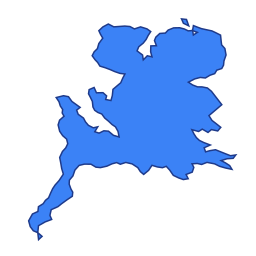 the district of Imbuia, Santa Catarina, Brazil, rotated 86°
{"feature_id": "56859067B70457248873437", "entity_name": "Imbuia", "entity_type": "district", "adm_level": 2, "iso_a3": "BRA", "parent_name": "Brazil", "parent_adm1": "Santa Catarina", "projection": "natural_earth1", "projection_center": [-49.4, -27.515], "detail": "fine", "context": "isolated", "style": "filled", "palette": "blue", "viewbox_px": 256, "rotation_deg": 86, "n_neighbors": 0, "source": "geoboundaries", "source_scale": "gbopen_adm2", "svg_char_len": 2855}
<svg xmlns="http://www.w3.org/2000/svg" viewBox="0 0 256 256"><g transform="rotate(86 128 128)"><path d="M226.1,225.3L219.2,224.1L215.9,217.2L213.9,210.5L209.7,212.0L204.1,210.3L201.6,203.4L198.9,199.5L195.4,193.9L192.2,188.3L188.2,187.6L184.8,189.2L179.9,190.6L175.9,190.1L172.0,186.3L166.3,183.9L161.9,179.4L161.0,174.0L161.5,167.5L164.8,162.8L165.6,158.3L164.6,151.7L162.6,146.4L161.7,141.7L163.6,138.2L162.2,132.6L164.1,126.4L168.2,121.0L172.4,118.7L175.4,115.6L171.7,110.4L166.9,106.7L168.9,101.4L170.0,96.4L168.9,92.5L172.8,89.4L178.4,86.1L181.3,81.0L183.3,76.4L182.8,71.5L178.4,73.3L176.5,67.0L171.9,65.1L168.2,66.6L168.2,61.4L169.5,57.1L167.8,51.6L169.8,44.1L172.6,39.3L174.7,33.5L176.5,27.2L172.6,29.2L169.6,33.2L167.0,37.4L165.6,31.4L165.6,25.2L162.4,22.4L162.8,27.7L160.6,32.3L158.0,37.7L155.8,42.2L156.3,47.7L157.2,52.3L153.0,53.4L150.7,47.1L147.8,53.4L145.4,57.6L142.3,60.5L138.3,62.7L134.1,64.4L136.4,57.8L134.3,54.0L138.0,48.5L135.4,44.9L137.2,38.7L133.8,35.4L129.5,40.1L126.3,43.7L121.3,46.4L111.3,32.8L97.2,42.2L93.6,46.0L92.2,51.1L91.8,55.8L89.6,60.5L86.5,64.6L83.7,58.1L82.6,52.4L83.5,47.3L81.1,42.6L79.8,37.7L76.5,35.4L75.2,30.3L72.0,28.3L67.8,27.6L62.0,25.1L55.5,25.8L51.6,28.8L48.2,29.0L41.8,29.2L38.9,34.1L37.0,37.5L35.7,42.0L34.0,47.8L32.2,51.8L30.4,55.6L35.3,56.8L35.3,61.2L33.1,65.0L31.6,69.5L31.3,75.5L33.1,81.1L35.9,84.1L35.9,89.7L39.3,93.9L42.6,95.5L47.9,93.9L47.7,99.5L53.5,100.1L58.7,99.1L57.3,103.7L61.1,108.0L56.2,108.4L51.7,113.6L47.7,111.6L44.4,106.9L40.9,103.7L37.2,101.5L33.4,98.6L30.4,102.2L28.0,108.4L29.6,114.7L26.9,119.0L26.1,124.1L26.1,129.4L26.1,135.1L22.9,140.4L25.4,146.0L28.9,150.3L32.6,148.9L36.6,146.9L41.7,151.2L46.7,153.0L49.6,156.4L53.4,158.7L57.6,156.1L60.5,153.7L64.3,151.7L66.3,146.5L68.5,141.7L70.8,137.3L73.0,132.1L73.9,127.3L77.8,129.7L82.4,132.1L85.0,135.7L88.4,140.3L94.6,141.4L99.4,143.1L98.0,148.3L94.5,147.1L91.0,150.5L90.7,157.0L85.2,159.0L87.0,164.1L91.1,165.0L94.5,163.5L99.0,161.7L104.6,161.5L108.0,160.0L110.4,157.0L112.2,153.2L116.5,150.5L119.8,147.0L123.4,143.7L126.0,140.4L130.7,138.2L136.3,137.5L134.3,143.0L129.8,147.7L129.1,152.3L131.1,157.2L129.4,161.4L124.7,158.1L125.4,162.6L122.6,167.3L118.9,170.0L115.0,171.7L110.9,176.7L106.6,178.0L104.1,174.3L100.6,178.5L97.6,182.1L92.6,185.2L91.3,190.1L92.6,197.5L97.0,195.0L101.3,194.0L105.0,191.9L108.4,192.6L111.8,191.0L115.4,195.7L120.0,197.5L126.5,196.4L131.1,193.7L134.8,190.0L139.5,189.2L143.5,191.5L146.8,195.0L152.6,198.2L158.4,197.5L163.7,197.0L169.5,195.7L175.6,200.4L179.8,204.7L183.3,207.4L187.6,209.8L192.1,212.1L194.4,215.4L197.6,217.9L200.2,222.8L205.0,223.7L207.1,229.3L213.7,233.6L219.6,232.4L223.9,229.6L226.1,225.3ZM35.3,56.8L37.4,52.1L39.8,56.3L35.3,56.8ZM27.4,65.4L30.3,60.3L23.8,62.1L22.9,67.0L27.4,65.4ZM233.1,225.0L230.1,221.3L226.1,225.3L233.1,225.0Z" fill="#3b82f6" stroke="#1e3a8a" stroke-width="1.5"/></g></svg>